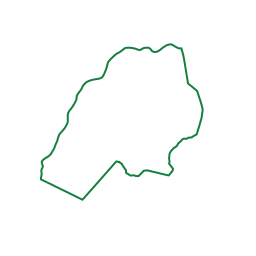 the district of Timon, Maranhão, Brazil, rotated 220°
{"feature_id": "56859067B25713173966314", "entity_name": "Timon", "entity_type": "district", "adm_level": 2, "iso_a3": "BRA", "parent_name": "Brazil", "parent_adm1": "Maranhão", "projection": "robinson", "projection_center": [-42.991, -5.173], "detail": "fine", "context": "isolated", "style": "outline", "palette": "green", "viewbox_px": 256, "rotation_deg": 220, "n_neighbors": 0, "source": "geoboundaries", "source_scale": "gbopen_adm2", "svg_char_len": 2669}
<svg xmlns="http://www.w3.org/2000/svg" viewBox="0 0 256 256"><g transform="rotate(220 128 128)"><path d="M66.3,117.9L66.3,119.1L66.3,120.6L66.3,122.0L66.3,123.1L66.6,124.4L67.3,125.7L73.6,127.1L74.4,128.7L75.4,129.7L76.4,130.6L77.4,131.5L77.8,132.5L78.3,133.2L79.3,134.3L79.8,135.8L80.2,137.4L80.2,138.9L80.1,140.4L80.2,141.6L79.8,142.7L79.3,144.3L79.1,145.8L79.3,147.0L79.6,148.2L79.5,149.4L79.3,150.6L79.0,152.4L79.1,153.7L78.7,155.1L78.1,156.0L77.1,156.6L76.2,157.4L75.8,158.7L75.3,159.7L74.4,160.4L73.7,161.0L73.1,162.2L72.7,163.5L72.4,164.5L71.9,165.8L71.3,167.2L72.2,169.4L75.7,177.6L77.1,180.7L78.0,182.8L78.7,183.9L81.5,188.4L82.1,189.3L82.8,190.3L83.9,191.1L85.2,192.1L86.5,193.0L88.8,194.6L92.4,196.8L93.4,197.4L96.6,199.4L97.4,199.9L98.9,200.8L100.7,200.8L101.6,200.8L103.2,200.8L105.6,200.8L106.8,200.8L107.9,200.7L110.6,200.7L111.9,201.8L128.4,216.0L132.6,219.4L138.3,223.3L139.9,221.9L141.5,221.3L142.9,221.0L144.3,220.7L147.4,220.3L148.9,219.6L149.9,218.8L151.3,216.7L151.9,215.5L152.4,213.5L153.1,211.7L153.4,209.2L154.3,206.3L154.9,205.0L156.4,203.3L157.1,202.9L159.1,202.4L161.3,202.9L162.2,203.0L164.1,202.6L165.4,201.3L166.9,200.0L167.8,198.5L168.7,195.8L169.5,195.0L170.5,194.6L171.3,194.1L173.1,193.6L176.4,191.9L178.8,190.2L179.6,189.5L180.8,188.4L181.6,187.3L182.1,185.3L182.4,183.6L183.4,179.9L184.5,177.5L185.1,174.1L185.6,169.1L185.6,166.4L185.2,164.6L183.9,162.1L182.3,158.2L181.2,154.8L180.4,151.1L180.8,148.8L182.6,146.3L185.5,143.0L187.6,140.0L189.1,137.1L189.5,134.9L189.7,131.6L188.8,128.3L188.5,125.8L188.5,124.5L188.3,121.9L188.0,119.9L187.1,118.6L186.4,117.4L185.7,116.3L185.3,114.8L185.1,113.5L184.7,112.1L184.4,109.8L184.2,108.7L184.1,107.1L184.0,105.2L184.0,103.3L183.7,102.0L183.4,100.9L182.8,99.7L182.0,98.6L181.1,97.6L180.0,96.2L178.9,95.0L178.2,94.2L177.6,92.8L177.2,91.3L176.9,90.0L176.4,87.3L176.4,85.7L176.4,81.6L176.5,80.5L176.5,79.4L176.3,78.2L175.9,77.3L175.3,75.7L174.6,74.0L173.9,72.7L172.9,68.9L171.5,65.1L171.1,62.9L170.6,59.8L170.3,58.7L170.6,56.0L170.9,54.6L171.5,53.0L172.0,51.5L172.5,49.4L172.5,47.0L171.5,45.7L169.6,44.6L168.7,44.1L168.1,42.9L167.6,40.6L166.5,39.1L164.4,37.1L162.6,33.9L161.7,32.7L156.0,34.1L146.3,36.5L127.7,41.1L116.8,43.8L116.7,46.4L116.1,68.2L115.5,93.3L115.5,94.7L114.9,95.4L113.6,95.7L112.8,96.5L111.9,96.2L111.0,96.4L109.4,96.5L108.1,95.8L107.1,95.6L106.1,95.3L105.1,95.0L104.2,94.7L102.8,94.5L101.8,93.7L101.1,92.9L100.1,92.3L98.8,92.8L96.8,92.9L95.5,93.2L94.3,94.3L93.3,95.4L92.4,95.9L91.0,96.3L90.0,97.2L89.0,98.0L88.5,104.0L88.5,105.3L87.9,106.1L85.4,108.3L83.8,109.0L76.8,112.6L74.0,113.9L68.1,116.9L67.2,117.4L66.3,117.9Z" fill="none" stroke="#15803d" stroke-width="2"/></g></svg>